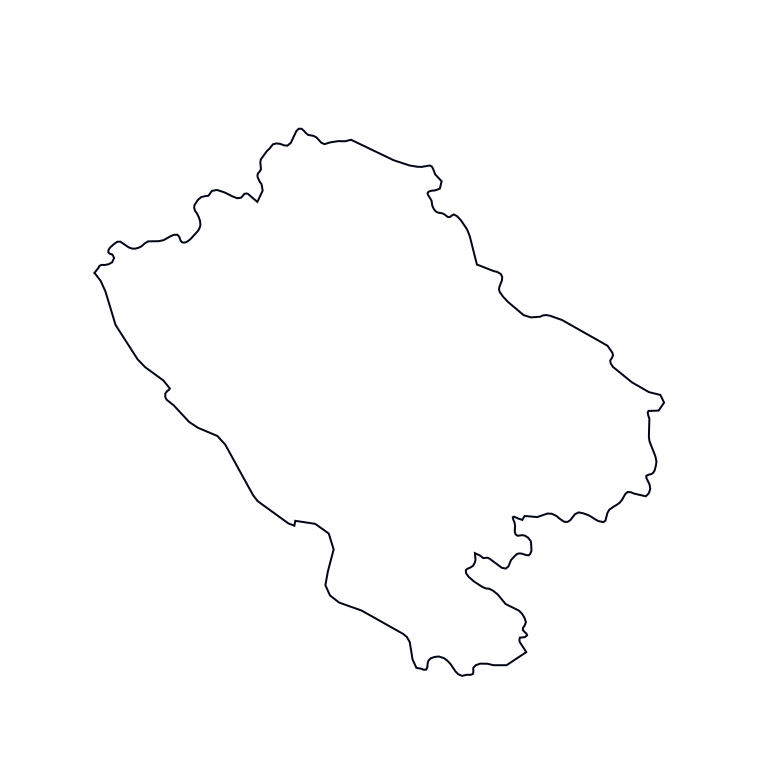 map outline of Šiauliai (Equal Earth projection), rotated 225°
{"feature_id": "LTU-1072", "entity_name": "Šiauliai", "entity_type": "County", "adm_level": 1, "iso_a3": "LTU", "parent_name": "Lithuania", "parent_adm1": "", "projection": "equal_earth", "projection_center": [23.21, 55.943], "detail": "fine", "context": "isolated", "style": "outline", "palette": "ink", "viewbox_px": 768, "rotation_deg": 225, "n_neighbors": 0, "source": "natural_earth", "source_scale": "10m", "svg_char_len": 4220}
<svg xmlns="http://www.w3.org/2000/svg" viewBox="0 0 768 768"><g transform="rotate(225 384 384)"><path d="M272.7,196.3L283.2,200.3L291.1,211.7L302.6,231.4L317.3,239.2L333.7,236.5L350.0,224.5L347.2,220.4L353.1,217.8L390.7,211.8L397.9,212.8L419.8,219.1L453.4,228.9L465.1,229.4L484.5,221.5L495.0,219.4L517.5,220.2L526.4,219.2L529.1,219.9L531.9,222.6L532.3,225.6L531.9,228.1L532.3,229.4L542.4,230.5L564.8,227.0L575.5,227.2L579.7,228.1L615.5,235.9L646.1,252.3L657.0,256.5L666.8,257.8L667.3,257.7L668.0,264.0L668.7,265.9L668.1,268.3L665.4,271.0L663.4,274.0L662.3,277.8L663.9,282.1L666.3,283.2L668.0,283.3L670.3,282.2L671.9,282.1L673.5,283.8L674.2,286.7L673.8,292.8L673.2,295.9L671.1,298.2L661.1,300.1L657.8,301.7L655.6,303.8L653.6,307.4L652.8,310.2L652.6,314.2L651.7,318.0L644.3,325.7L641.5,330.0L639.3,338.0L637.9,341.1L635.7,343.4L633.8,343.4L632.3,343.1L630.3,342.0L628.5,341.4L626.9,341.5L625.4,342.5L624.5,343.9L623.8,345.6L623.5,347.7L623.3,350.0L623.8,360.7L624.6,363.6L626.1,366.5L629.5,369.3L633.0,371.0L636.7,372.3L639.8,372.8L642.7,374.2L644.6,376.7L645.8,382.9L645.4,387.0L642.9,391.0L641.3,392.9L642.2,398.9L639.3,403.1L632.3,406.7L623.3,409.7L619.1,411.6L616.8,414.7L616.9,417.2L617.2,419.7L616.0,421.4L614.9,422.2L602.3,423.2L606.5,434.9L611.9,438.7L615.4,439.3L619.6,440.9L621.3,442.4L622.1,444.0L622.1,446.0L622.9,448.9L628.2,453.3L629.9,455.7L631.5,465.7L631.4,469.0L632.0,475.0L630.3,477.9L627.2,480.4L623.6,482.0L620.9,484.1L620.4,488.6L624.8,500.8L624.8,504.2L622.8,506.2L619.7,506.4L616.5,506.2L613.8,506.5L609.3,509.6L606.1,510.6L598.9,510.3L595.6,511.6L592.9,516.8L588.0,523.5L584.2,527.1L582.9,528.5L580.0,533.4L535.5,549.0L520.6,556.5L514.3,561.0L511.0,564.0L506.1,570.9L504.0,571.6L501.3,570.8L496.0,568.4L486.6,568.1L482.7,561.7L483.5,559.7L485.0,556.7L487.0,554.4L488.5,551.4L488.1,549.7L486.4,548.8L480.1,547.3L475.9,544.2L472.6,543.0L469.8,542.6L467.7,543.1L466.2,543.9L464.8,545.0L462.9,546.2L460.9,546.7L457.1,547.2L455.8,548.1L455.4,549.2L455.1,551.5L454.6,553.2L451.2,554.3L445.7,554.2L434.7,552.1L427.6,549.0L402.8,534.2L386.2,541.4L383.3,543.3L379.0,544.4L376.0,543.2L373.9,540.7L371.1,534.3L369.5,532.1L367.2,530.9L361.4,529.9L354.3,529.7L334.0,531.4L327.2,535.0L321.2,541.9L320.1,544.9L318.2,547.3L315.2,549.5L303.4,555.1L253.0,569.1L244.5,567.6L242.2,566.0L241.3,563.6L240.6,560.5L238.2,558.8L234.1,558.0L209.8,560.5L190.9,565.6L180.8,571.7L172.8,568.9L171.0,559.4L177.9,552.0L177.3,550.2L175.1,548.7L171.8,547.1L159.5,534.1L155.9,531.3L140.9,524.7L136.4,521.7L134.2,518.8L131.5,514.2L130.9,511.7L131.2,509.4L132.6,507.3L133.6,504.7L132.1,503.1L125.3,500.8L121.5,498.0L120.0,495.2L119.4,493.2L119.5,489.7L129.7,483.3L132.6,482.2L135.3,480.0L135.6,476.9L133.8,470.3L133.4,467.0L133.9,463.5L134.9,459.7L135.8,454.4L134.8,450.7L130.8,444.0L131.2,441.5L135.4,438.7L139.1,437.6L143.5,436.7L147.4,435.5L152.1,433.2L155.5,430.9L156.9,427.0L156.0,419.6L156.6,416.4L159.1,414.0L164.2,413.0L168.8,412.6L173.6,410.9L176.8,408.0L181.6,398.2L191.3,390.1L190.1,385.7L194.1,383.7L198.3,382.1L198.7,380.8L197.0,379.7L193.7,378.3L190.9,376.3L187.2,372.1L184.6,370.7L182.3,371.1L180.9,372.8L179.5,374.8L176.9,376.5L173.5,377.2L169.2,376.7L166.2,374.4L161.7,370.2L160.5,367.2L160.5,365.2L162.1,363.8L166.9,361.3L168.7,359.7L169.8,357.7L169.9,354.5L169.7,349.4L167.0,342.9L167.4,339.6L170.6,337.4L185.9,335.1L187.4,334.6L188.7,333.7L190.1,331.7L190.7,331.1L194.7,330.6L200.1,328.7L194.9,324.3L193.4,321.7L192.5,318.3L193.2,315.1L194.5,312.1L194.4,310.1L192.1,308.2L187.8,307.5L180.6,308.0L170.8,310.1L167.4,311.5L164.9,313.6L160.6,315.0L154.7,315.6L142.4,314.4L128.2,319.2L123.8,319.1L119.3,318.0L115.3,316.0L113.8,312.8L113.3,310.0L111.9,308.2L109.5,308.1L106.7,308.2L105.1,307.5L105.4,304.6L108.6,300.7L107.5,299.0L105.8,297.6L93.8,295.0L98.5,271.8L107.7,262.6L113.1,259.3L118.3,254.2L120.3,249.9L120.2,246.5L116.8,243.1L116.1,241.7L117.3,239.4L119.9,236.9L122.3,232.9L126.2,231.3L130.2,231.3L138.8,233.0L143.4,233.2L147.9,232.5L152.5,230.1L155.2,226.8L156.9,223.3L157.0,219.9L155.2,216.8L153.1,214.4L152.2,211.9L153.9,210.0L156.3,209.0L160.4,206.2L169.0,209.4L183.3,219.7L188.9,221.3L193.8,220.8L239.8,207.9L251.7,202.2L261.2,197.7L272.7,196.3Z" fill="none" stroke="#020617" stroke-width="2"/></g></svg>